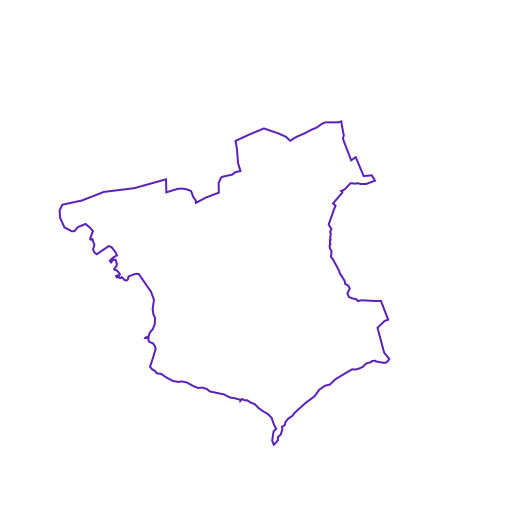 the district of Leimatu'a, Vava'u, Tonga, rotated 229°
{"feature_id": "48082658B84329148637899", "entity_name": "Leimatu'a", "entity_type": "district", "adm_level": 2, "iso_a3": "TON", "parent_name": "Tonga", "parent_adm1": "Vava'u", "projection": "robinson", "projection_center": [-173.972, -18.596], "detail": "fine", "context": "isolated", "style": "outline", "palette": "violet", "viewbox_px": 512, "rotation_deg": 229, "n_neighbors": 0, "source": "geoboundaries", "source_scale": "gbopen_adm2", "svg_char_len": 3158}
<svg xmlns="http://www.w3.org/2000/svg" viewBox="0 0 512 512"><g transform="rotate(229 256 256)"><path d="M301.7,408.7L302.7,406.1L308.6,399.2L311.4,396.0L312.5,392.5L312.8,390.0L313.2,385.8L314.9,380.8L316.5,373.9L319.5,364.1L320.5,357.4L326.4,356.8L333.7,353.4L339.6,350.0L346.6,345.9L347.1,345.6L352.3,329.9L356.3,316.1L349.4,311.9L337.9,303.4L330.3,300.0L332.8,295.5L333.1,291.3L337.9,282.5L338.0,280.8L335.6,275.7L328.2,269.5L332.9,256.8L335.5,245.5L337.6,247.0L341.5,247.3L347.6,249.6L351.3,247.8L355.5,244.3L358.2,240.7L362.9,230.1L372.9,238.4L387.2,208.4L404.2,183.2L412.1,161.0L421.8,143.5L419.2,137.6L413.3,133.2L403.3,130.2L395.5,133.2L393.8,135.4L394.7,140.4L392.0,148.4L386.2,149.3L381.7,149.2L380.1,146.1L377.7,141.9L376.4,142.2L376.0,143.6L372.8,142.2L370.3,141.3L367.9,137.3L364.7,136.4L361.8,137.0L361.1,142.9L360.1,151.4L357.4,152.8L351.4,152.5L347.7,151.5L348.6,146.8L348.3,142.5L346.2,142.4L346.9,146.1L345.2,147.5L341.3,145.9L339.9,144.0L339.4,140.6L338.5,140.2L336.9,141.3L334.6,141.6L331.5,141.3L331.0,140.0L332.4,138.5L332.6,137.3L331.3,136.9L330.0,138.5L328.4,138.9L328.1,139.6L328.2,140.7L326.1,141.1L324.5,140.9L322.4,142.2L322.4,143.8L324.1,146.5L322.5,151.2L321.2,153.9L319.3,155.7L297.7,153.3L295.7,152.5L289.8,150.2L283.8,143.2L279.1,140.2L275.3,139.1L271.1,135.0L268.3,129.7L268.4,128.2L267.5,124.8L265.7,122.2L267.0,118.8L266.8,118.4L264.6,121.1L262.5,119.2L260.9,119.3L257.7,120.9L254.4,120.6L251.9,119.5L246.8,111.6L241.9,103.3L238.4,103.3L235.6,104.4L232.6,104.1L229.2,107.1L223.3,108.6L216.0,111.4L211.6,115.1L210.3,117.5L205.8,120.9L199.1,123.3L194.4,125.7L191.9,129.2L187.5,131.8L184.2,132.2L180.2,135.2L172.6,141.0L166.3,143.5L162.9,146.4L157.9,149.8L156.9,149.1L157.3,151.5L154.4,152.9L152.7,154.8L149.3,155.7L144.7,157.9L139.3,158.2L134.0,159.5L129.0,161.3L123.5,161.6L116.9,158.9L112.3,157.9L112.2,154.5L110.3,152.0L105.9,147.0L101.9,145.6L101.9,147.3L102.7,151.8L105.0,153.8L105.0,157.5L108.1,162.5L110.1,163.5L109.5,166.6L111.5,169.6L112.1,173.9L111.5,178.8L112.3,182.0L112.6,196.9L111.7,208.0L113.6,216.1L112.8,223.0L110.5,227.5L110.9,234.5L110.1,239.7L108.7,247.6L107.4,254.2L105.1,256.5L103.3,260.2L102.2,264.1L102.6,267.3L102.2,269.6L100.5,272.9L100.6,274.8L98.6,277.4L97.8,277.3L94.4,280.0L91.4,282.5L90.3,284.0L90.2,287.0L91.0,289.1L99.0,289.3L122.1,300.6L122.6,310.6L121.2,314.0L140.1,320.8L144.8,315.4L148.6,311.5L153.3,306.7L155.2,303.3L157.2,303.5L161.2,300.7L164.1,299.2L167.7,300.4L170.0,305.5L173.1,306.2L176.6,305.0L179.0,306.6L188.5,308.0L190.1,309.0L203.0,311.9L206.1,312.0L207.4,313.1L207.9,314.2L209.2,315.1L210.0,316.2L213.6,316.9L215.7,318.5L216.1,320.0L217.0,320.2L217.6,320.8L218.1,320.9L218.8,322.0L219.3,322.1L219.1,322.5L219.5,323.1L220.3,323.3L220.8,324.1L221.4,324.3L222.4,325.5L223.6,327.1L225.5,327.6L226.9,330.6L232.1,331.5L238.8,343.4L239.0,343.6L241.8,349.0L245.1,348.6L245.9,354.0L247.2,362.7L248.0,363.4L249.1,363.0L248.1,366.5L248.9,375.1L245.2,378.7L244.1,380.7L243.4,381.1L241.9,382.0L238.1,386.3L234.8,395.2L240.9,396.3L245.7,389.7L265.1,396.1L265.8,390.6L284.5,397.4L287.5,398.7L289.6,401.5L295.0,404.6L301.7,408.7Z" fill="none" stroke="#5b21b6" stroke-width="2"/></g></svg>